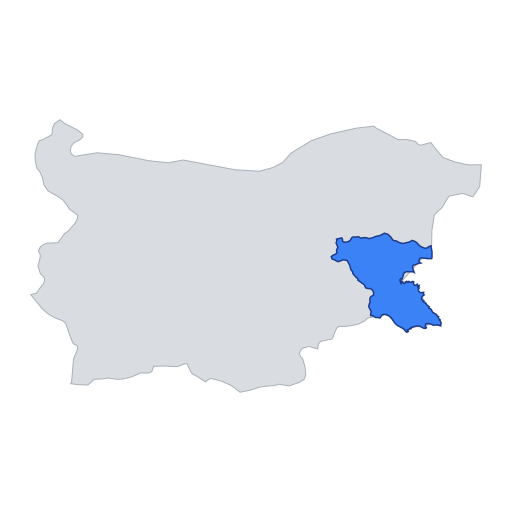 Burgas highlighted on a map of Bulgaria
{"feature_id": "BGR-2254", "entity_name": "Burgas", "entity_type": "Province", "adm_level": 1, "iso_a3": "BGR", "parent_name": "Bulgaria", "parent_adm1": "", "projection": "natural_earth1", "projection_center": [27.462, 42.445], "detail": "fine", "context": "in_parent", "style": "filled", "palette": "blue", "viewbox_px": 512, "rotation_deg": 0, "n_neighbors": 0, "source": "natural_earth", "source_scale": "10m", "svg_char_len": 5442}
<svg xmlns="http://www.w3.org/2000/svg" viewBox="0 0 512 512"><path d="M440.6,326.0L430.8,324.4L427.4,324.9L425.2,327.1L420.7,326.7L415.1,326.7L409.2,329.3L405.9,330.4L401.6,328.0L393.5,320.9L388.6,315.9L384.9,314.7L381.2,316.2L368.1,317.8L364.9,320.7L358.9,323.9L352.7,325.4L344.0,326.5L339.3,326.4L336.8,327.9L334.6,332.6L333.1,337.2L331.8,339.0L320.8,341.3L318.4,343.9L317.7,346.5L317.9,349.0L309.2,346.5L302.5,348.2L300.9,350.1L299.4,353.0L300.2,356.0L302.7,358.9L305.0,366.8L305.8,374.7L304.3,379.2L299.3,382.4L288.9,385.9L278.9,384.2L274.4,385.6L267.0,386.1L260.1,387.0L249.6,390.3L240.0,392.2L231.5,385.6L221.4,381.1L210.8,378.4L207.1,380.4L205.5,381.9L196.6,376.1L192.6,374.0L190.7,371.7L187.1,364.0L184.9,363.7L177.5,366.6L170.5,366.5L166.2,366.0L153.6,366.3L151.8,371.6L150.2,372.4L147.5,373.1L140.8,372.8L132.1,376.7L122.8,379.1L115.6,379.2L108.2,378.0L103.7,378.8L94.1,379.3L88.0,385.0L78.5,384.7L70.6,383.7L71.6,381.9L73.5,359.1L77.6,349.0L77.5,346.9L76.7,345.3L73.3,343.7L70.8,338.2L65.8,323.8L62.9,320.8L54.8,317.8L47.6,313.6L41.6,308.1L30.7,294.6L36.4,293.2L38.1,290.5L43.9,283.0L44.6,279.4L44.1,277.3L40.4,273.7L37.9,265.9L40.0,258.6L40.3,254.8L38.4,251.1L40.5,246.5L44.6,244.0L47.1,243.2L57.8,242.7L64.7,233.5L68.9,230.5L73.2,225.3L75.2,223.3L77.1,219.3L77.8,215.1L69.5,209.2L66.7,204.8L63.0,200.0L58.0,196.6L47.9,190.9L44.0,185.0L42.4,177.5L39.8,171.7L36.8,168.0L36.3,164.9L35.2,161.2L35.0,153.9L37.6,144.1L39.3,140.7L42.7,139.7L52.0,134.6L52.6,127.9L54.3,123.8L57.3,121.4L60.0,119.8L65.0,123.7L77.1,129.8L82.9,134.3L82.6,137.1L79.7,139.8L74.4,142.5L71.2,146.1L70.3,150.5L71.1,153.7L74.7,156.4L96.7,152.8L118.9,154.7L148.7,160.7L168.4,162.8L183.1,160.0L210.1,165.1L235.3,169.8L259.5,171.2L273.1,167.5L282.7,162.5L291.0,153.1L311.3,140.7L330.9,133.8L356.6,128.1L373.8,126.2L376.2,128.1L398.0,139.5L407.7,139.6L415.6,141.6L418.5,144.6L420.5,145.3L430.9,142.5L435.6,148.8L442.8,157.5L455.2,162.0L466.2,164.5L469.7,164.9L481.3,164.8L479.7,186.6L472.8,196.8L462.3,193.4L448.9,196.2L441.9,207.8L437.9,211.2L434.3,215.2L431.9,230.3L431.4,254.9L426.4,257.9L421.7,258.8L402.3,280.6L413.5,286.7L418.4,291.3L426.6,304.2L438.3,318.9L440.6,326.0Z" fill="#d9dde1" stroke="#a8b0b8" stroke-width="1"/><path d="M406.8,332.2L405.8,331.6L404.1,329.3L403.0,328.4L397.7,325.6L395.9,324.2L394.3,322.4L391.3,317.9L389.3,316.1L387.0,314.8L384.5,314.3L382.9,314.5L382.0,315.1L380.4,317.2L380.2,317.5L380.1,317.9L379.8,318.0L378.0,317.5L376.4,317.5L375.6,317.5L374.5,316.7L373.3,316.0L372.0,315.6L370.7,315.6L370.6,314.7L371.2,311.3L369.7,308.8L368.7,306.4L369.4,303.7L370.1,301.9L369.9,300.3L369.9,298.2L370.9,296.6L373.3,295.3L373.7,292.5L372.3,289.9L370.2,288.6L367.9,288.6L365.8,287.9L365.0,286.4L364.4,284.8L357.9,280.2L357.8,278.4L356.3,277.6L353.5,274.3L352.8,273.4L352.7,272.3L352.2,271.1L351.2,270.3L350.4,268.0L349.8,265.4L347.1,260.4L342.8,259.8L340.4,261.0L338.0,261.7L336.2,260.8L334.4,259.8L332.2,259.1L331.2,256.7L333.0,255.2L335.2,254.4L336.9,253.0L336.5,250.8L336.9,249.1L337.9,247.7L337.1,245.4L336.1,243.0L336.8,240.9L336.5,239.1L341.8,237.9L342.5,239.2L342.5,241.3L345.0,242.3L347.8,241.8L350.2,240.5L351.8,237.7L353.0,237.0L354.4,237.1L358.5,236.7L360.8,238.2L363.2,237.7L366.0,237.6L369.1,238.6L372.5,237.8L375.9,236.4L380.1,235.5L384.4,233.2L387.9,234.3L390.7,236.9L393.0,240.2L394.5,240.7L396.2,240.9L399.5,242.7L403.0,243.5L409.4,242.0L412.1,240.4L414.0,241.0L415.9,242.0L417.6,243.5L419.2,245.4L421.0,246.6L423.0,247.6L425.1,248.3L427.3,247.9L428.8,246.6L430.6,246.0L431.1,245.9L431.0,247.4L431.6,249.4L432.0,251.8L432.0,256.1L431.9,257.9L431.7,258.5L428.0,258.7L424.1,258.1L420.9,258.0L420.2,258.1L419.7,258.7L419.2,259.9L419.0,260.9L419.0,261.8L419.6,262.4L420.7,263.0L418.7,263.3L415.6,264.6L414.0,264.9L412.7,265.9L412.8,268.3L413.6,270.8L414.2,272.4L413.1,271.8L406.3,271.7L404.2,272.8L403.3,274.7L402.8,276.9L402.0,279.2L400.7,278.6L400.0,279.5L400.0,280.8L400.9,281.7L400.6,282.3L400.6,282.8L400.9,284.2L401.1,283.5L401.2,283.4L400.9,283.0L401.4,281.1L403.7,283.3L404.4,283.5L405.3,282.8L405.9,281.7L406.6,281.3L407.9,282.4L408.5,281.4L409.1,281.5L409.7,282.1L410.3,282.4L411.3,282.1L412.0,281.7L412.7,281.4L413.7,281.7L413.7,282.1L413.2,282.4L413.7,283.9L414.4,285.1L415.5,285.3L417.2,284.2L417.4,285.0L417.8,285.5L418.4,285.6L419.2,285.4L419.2,286.1L418.8,286.2L417.7,286.7L418.2,287.6L418.5,287.8L419.2,288.0L418.5,288.9L418.4,290.1L418.9,291.4L419.7,292.3L420.8,292.7L421.6,292.6L422.5,292.4L423.7,292.3L423.7,292.9L423.2,293.4L423.2,293.9L423.6,294.4L424.2,294.9L422.4,296.3L421.5,297.9L421.9,299.6L423.7,301.0L423.4,301.3L423.2,301.7L425.8,303.3L426.2,303.9L426.5,304.5L427.4,305.4L428.3,306.2L429.2,306.7L429.0,307.0L428.8,307.7L428.7,308.0L430.8,309.1L431.4,309.8L432.6,312.3L436.5,314.6L437.0,315.5L437.6,316.3L438.6,316.6L438.3,317.6L438.7,318.5L439.4,319.2L440.1,319.7L440.1,320.2L440.0,320.3L439.8,320.3L439.6,320.4L440.4,321.2L441.0,322.4L441.1,323.7L440.6,324.8L440.8,325.7L438.2,325.1L437.1,324.8L433.6,325.2L432.6,324.9L430.7,324.0L428.9,323.6L428.2,323.6L426.8,323.8L426.6,323.7L426.3,323.6L426.0,323.7L425.7,323.8L425.5,324.7L425.5,325.9L425.3,326.8L426.4,327.5L426.2,328.0L425.3,328.4L424.4,328.4L423.4,328.1L419.6,326.1L416.9,326.0L411.3,327.4L411.1,328.3L410.9,328.8L410.5,328.8L410.0,328.4L409.4,329.1L408.6,329.6L407.1,330.1L407.2,330.3L407.4,330.4L407.6,330.6L407.8,330.7L407.6,330.9L407.1,331.1L406.9,331.3L407.9,331.7L406.8,332.2Z" fill="#3b82f6" stroke="#1e3a8a" stroke-width="1.5"/></svg>